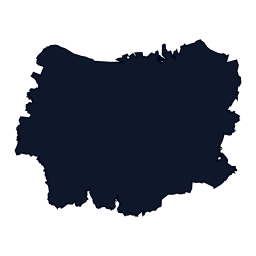 outline of Kota Semarang, Jawa Tengah, Indonesia
{"feature_id": "22746128B5783483209745", "entity_name": "Kota Semarang", "entity_type": "district", "adm_level": 2, "iso_a3": "IDN", "parent_name": "Indonesia", "parent_adm1": "Jawa Tengah", "projection": "mercator", "projection_center": [110.384, -7.023], "detail": "fine", "context": "isolated", "style": "filled", "palette": "ink", "viewbox_px": 256, "rotation_deg": 0, "n_neighbors": 0, "source": "geoboundaries", "source_scale": "gbopen_adm2", "svg_char_len": 5758}
<svg xmlns="http://www.w3.org/2000/svg" viewBox="0 0 256 256"><path d="M200.4,40.1L196.9,41.3L193.9,43.9L193.1,43.6L186.0,46.0L184.8,44.5L183.5,46.0L181.1,46.5L180.9,47.2L181.5,48.0L179.7,54.2L178.8,53.6L177.7,54.0L176.6,50.2L176.0,51.2L174.4,51.8L173.6,55.1L172.7,54.8L175.3,57.2L175.5,57.8L174.8,59.2L172.5,56.3L172.0,57.1L171.8,56.7L172.1,55.7L170.5,51.3L167.2,52.5L166.4,50.0L165.4,50.2L165.0,44.7L164.2,44.3L163.4,45.2L162.7,45.2L162.5,54.8L166.1,58.3L165.2,59.7L161.1,57.4L159.4,55.6L158.9,55.7L158.8,57.1L160.3,59.1L161.6,59.9L162.0,59.5L161.8,60.2L164.3,61.5L163.2,63.3L161.2,62.1L160.7,62.8L160.4,62.6L160.8,61.8L160.3,60.3L159.5,60.1L159.4,61.0L158.5,59.0L158.0,59.7L158.0,52.3L157.5,51.2L156.0,52.0L155.9,54.0L152.7,54.2L152.1,54.1L151.8,53.2L149.7,54.8L149.5,55.7L147.5,56.6L147.6,57.2L147.1,57.3L144.1,56.7L142.7,57.5L141.9,52.8L135.3,53.0L136.5,55.8L136.2,56.7L135.0,57.2L133.0,53.9L129.5,56.5L131.0,58.6L127.4,59.5L126.9,59.2L126.2,56.5L126.8,55.8L127.9,55.7L127.1,54.4L122.9,56.1L122.9,58.1L118.0,58.7L116.7,59.6L124.0,62.2L111.3,62.6L94.2,61.5L92.5,59.7L88.8,58.8L85.0,57.2L81.8,56.7L73.6,54.2L64.9,48.9L60.9,47.6L57.8,45.9L55.4,45.4L50.4,45.8L49.4,47.1L47.8,47.0L46.4,47.7L45.8,48.7L44.0,49.2L42.3,52.2L39.0,55.1L36.9,58.1L38.2,59.3L37.2,60.6L37.5,60.9L37.0,63.1L38.7,63.7L38.4,64.5L44.5,66.5L40.7,75.5L33.5,72.6L32.7,74.5L33.4,74.8L33.0,75.8L31.7,75.5L31.4,76.1L34.8,78.3L36.4,80.4L37.2,82.6L38.5,84.0L39.0,85.5L38.5,88.4L37.5,88.7L36.8,88.2L35.1,89.3L31.9,89.5L31.8,88.9L30.7,89.3L30.0,90.4L30.5,91.9L30.0,92.9L28.1,92.6L27.5,93.8L29.1,94.2L29.4,95.6L28.0,95.3L27.3,96.6L28.9,97.1L29.3,98.8L30.4,97.9L31.8,99.9L32.4,99.2L33.0,103.0L31.8,103.7L30.9,102.9L29.4,102.9L27.9,104.4L26.6,104.8L26.3,106.9L26.8,108.6L26.0,110.1L28.4,110.8L28.1,112.4L30.8,113.7L31.3,115.5L30.2,116.7L30.1,118.1L22.0,117.2L21.6,117.8L20.9,117.1L19.7,119.4L19.4,120.5L20.8,124.4L20.3,125.2L18.8,125.6L17.0,128.0L18.0,129.3L17.0,129.5L18.4,131.3L17.7,132.2L17.8,133.0L18.4,133.1L18.0,134.0L18.6,136.5L17.7,136.7L17.9,137.3L17.4,137.8L18.1,138.3L19.6,138.2L19.9,139.4L19.4,139.8L17.8,139.3L17.1,139.8L18.4,141.0L18.5,141.8L17.7,145.4L15.4,150.5L16.9,154.6L19.7,154.1L20.6,152.7L26.8,154.0L28.7,153.3L31.1,155.9L33.1,154.4L36.1,155.9L37.9,155.8L39.4,157.4L39.3,158.2L38.6,157.5L37.7,158.0L37.2,159.3L39.0,160.2L39.0,161.3L40.2,162.8L41.6,162.8L42.1,164.8L43.5,165.1L44.4,167.0L45.6,168.0L44.0,170.8L46.1,171.6L45.4,173.4L45.5,175.5L46.6,175.7L46.2,177.3L46.7,178.9L47.6,179.7L47.9,181.9L46.3,181.9L45.8,182.7L47.4,183.8L49.0,186.0L48.8,186.8L49.4,187.5L49.1,188.3L49.7,191.9L48.3,194.4L48.6,198.1L48.0,199.1L49.5,201.0L49.2,201.7L49.6,203.3L50.8,203.5L52.0,204.6L54.4,204.7L57.4,208.0L57.5,207.5L61.1,206.3L61.3,208.4L61.6,207.5L62.5,207.3L67.7,203.4L72.2,204.0L72.6,203.1L74.0,202.8L74.4,201.4L75.5,201.1L75.9,201.8L75.6,204.3L76.1,205.5L76.9,206.0L78.5,205.4L80.2,206.1L81.7,203.7L85.7,201.4L85.7,200.3L87.6,199.1L86.0,196.6L86.9,194.6L85.5,192.9L85.9,192.1L86.6,192.4L86.4,190.4L88.1,190.6L88.8,190.1L88.8,187.8L90.4,190.9L90.0,192.6L90.9,195.1L93.5,199.7L93.2,200.9L94.2,203.5L95.5,204.0L96.7,207.3L98.3,208.2L99.2,207.6L100.3,207.7L100.5,207.1L102.1,206.5L104.3,206.2L105.4,206.5L106.7,208.1L108.9,208.6L109.7,208.0L110.2,208.2L111.6,210.3L111.1,209.1L111.4,208.5L113.1,209.0L115.1,206.6L114.8,204.8L114.3,204.5L114.7,202.7L114.1,202.4L115.1,200.5L114.5,200.0L115.0,198.7L116.3,198.5L117.7,196.6L117.3,200.1L117.6,199.8L118.3,200.7L119.1,200.4L119.0,201.8L120.7,203.2L120.0,203.2L119.5,206.2L118.4,207.5L118.4,208.7L117.7,209.0L118.6,212.0L121.0,212.5L122.7,212.2L125.1,215.5L126.1,214.9L128.3,214.9L129.1,214.0L129.8,214.3L130.3,213.3L130.7,214.1L131.8,214.0L131.9,214.7L134.3,215.0L135.4,214.3L136.1,215.0L135.7,215.8L137.5,215.9L137.3,214.9L141.6,211.3L142.6,211.2L143.1,211.5L142.5,213.1L143.0,213.9L143.0,215.2L144.2,214.3L143.8,213.3L144.6,212.8L144.5,211.6L145.6,211.9L147.7,210.6L149.6,211.6L152.5,209.9L155.6,210.0L156.4,208.5L158.4,206.8L160.5,206.4L161.0,205.0L161.1,200.2L161.6,199.0L168.0,194.0L173.3,194.0L177.0,192.9L179.2,193.5L182.4,193.5L183.3,192.6L184.2,193.2L185.2,191.8L186.3,191.4L189.7,192.4L191.4,188.7L191.9,181.6L196.6,182.2L199.2,181.9L202.1,182.7L202.5,181.7L204.8,182.1L213.2,186.1L214.1,186.9L214.2,187.9L220.9,183.9L223.5,181.5L223.8,180.3L225.3,180.1L227.0,178.1L227.2,177.1L230.0,174.1L231.0,174.3L231.9,172.7L231.2,171.4L232.1,171.8L232.9,171.0L232.6,172.1L234.0,172.5L233.4,171.7L233.6,170.5L234.9,170.7L235.4,170.0L236.4,170.4L236.3,169.7L235.4,169.1L235.0,166.7L231.3,166.7L229.9,165.3L227.4,163.8L226.9,162.9L227.4,160.6L226.9,158.9L222.8,154.0L221.7,158.8L219.7,160.2L217.8,160.2L217.4,161.0L217.1,160.4L217.6,159.4L217.3,157.2L219.2,156.5L219.3,155.1L221.1,155.4L220.5,156.5L220.9,157.1L221.4,157.1L222.1,156.0L221.5,153.5L219.3,152.4L219.9,150.7L218.9,150.3L220.2,149.6L218.6,149.3L217.6,148.3L218.3,147.8L221.1,147.8L219.4,146.2L222.2,140.2L223.6,135.4L223.5,133.7L229.8,134.9L230.2,134.2L231.1,134.4L231.6,132.2L233.6,131.9L234.1,130.8L234.7,130.8L234.7,130.4L234.1,130.5L233.4,129.6L234.5,126.1L233.5,125.8L235.0,121.6L236.3,122.2L239.1,120.1L238.3,119.7L238.8,118.8L238.3,117.9L239.2,116.2L234.1,113.2L234.4,111.9L233.7,111.6L232.8,112.6L231.5,112.4L229.8,111.8L229.7,110.9L229.0,110.5L227.7,110.9L226.4,110.0L227.8,108.5L229.2,105.6L230.4,105.7L230.4,105.1L231.2,104.8L232.7,101.2L233.6,100.7L234.0,99.2L235.1,98.4L236.7,98.4L237.1,99.0L237.0,95.6L238.4,92.3L236.8,91.4L237.6,86.0L239.1,85.7L240.6,82.8L240.2,77.4L238.2,76.1L236.7,71.1L238.1,65.3L236.5,60.3L226.9,62.8L226.0,62.6L228.1,55.4L224.8,56.5L225.2,54.9L223.6,54.1L222.8,53.9L222.5,54.7L217.4,53.4L210.2,50.2L206.3,47.1L206.3,46.2L204.7,45.6L204.9,44.7L203.6,42.8L202.0,41.7L201.7,42.0L200.4,40.1Z" fill="#0f172a" stroke="#020617" stroke-width="1.5"/></svg>